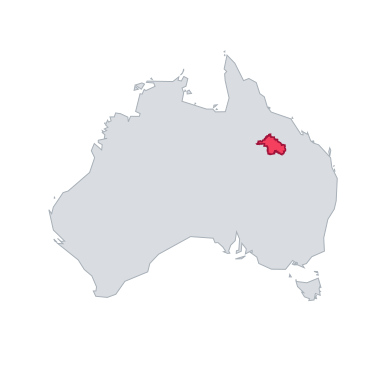 Barcaldine, Queensland, Australia (highlighted), rotated 348°
{"feature_id": "25037944B32668450975374", "entity_name": "Barcaldine", "entity_type": "district", "adm_level": 2, "iso_a3": "AUS", "parent_name": "Australia", "parent_adm1": "Queensland", "projection": "albers", "projection_center": [146.199, -23.052], "detail": "fine", "context": "in_parent", "style": "filled", "palette": "rose", "viewbox_px": 384, "rotation_deg": 348, "n_neighbors": 0, "source": "geoboundaries", "source_scale": "gbopen_adm2", "svg_char_len": 6855}
<svg xmlns="http://www.w3.org/2000/svg" viewBox="0 0 384 384"><g transform="rotate(348 192 192)"><path d="M260.7,75.0L265.6,93.8L271.2,92.8L277.6,98.3L278.8,109.9L282.5,113.9L283.4,124.7L286.1,130.3L303.9,141.0L310.6,158.3L312.5,159.2L313.0,156.1L316.7,159.4L317.4,157.9L318.7,166.6L320.9,169.3L325.7,172.2L334.7,187.3L333.9,197.0L336.9,208.9L331.2,230.6L327.6,238.3L319.2,247.0L311.3,264.3L309.2,277.4L295.7,280.2L289.0,285.8L284.8,286.2L286.0,289.4L279.5,284.8L280.4,283.7L280.0,282.6L278.8,282.5L276.6,284.5L275.1,283.3L277.7,281.4L276.2,279.9L267.4,287.1L253.6,284.0L242.5,275.8L241.9,269.1L236.5,263.2L238.7,263.3L238.6,261.5L231.3,263.7L233.3,259.0L230.1,252.5L227.8,260.2L222.5,261.3L223.2,258.7L225.7,258.6L228.8,247.9L227.3,240.2L224.1,248.6L218.8,252.1L215.6,257.3L216.3,259.7L214.1,259.5L210.4,257.0L212.6,256.8L210.7,252.1L206.9,246.9L204.0,246.4L203.1,241.6L181.3,235.3L146.4,245.9L135.9,253.1L132.1,260.9L107.8,265.4L96.2,276.2L87.3,277.5L76.2,274.0L74.9,268.3L77.5,268.8L78.9,264.9L76.6,253.3L70.5,245.4L66.6,234.8L49.9,214.4L55.1,215.8L50.8,209.4L53.6,213.1L57.3,213.6L48.5,200.4L48.3,179.6L50.2,184.1L53.2,178.0L65.8,165.8L71.0,165.3L95.9,151.6L103.9,138.2L102.1,130.7L106.5,124.3L112.4,132.1L114.0,127.0L110.6,124.1L111.1,121.9L120.2,121.9L117.3,121.5L118.7,117.9L116.6,115.2L121.3,114.1L119.3,112.1L123.2,111.2L121.4,108.3L124.4,104.2L124.9,106.3L127.7,105.6L127.4,101.5L131.6,102.4L133.7,98.8L138.3,100.5L144.8,105.4L144.3,110.1L147.7,105.2L156.2,107.1L157.6,104.5L153.6,101.5L161.6,85.1L163.6,85.9L166.6,81.7L167.9,83.2L177.8,81.0L177.2,77.4L170.2,75.3L171.2,74.2L196.2,80.0L203.1,76.6L201.6,79.8L204.7,81.2L208.0,77.3L211.5,80.2L208.1,87.3L203.9,88.2L204.5,93.2L201.1,101.2L223.6,114.0L229.5,115.2L231.5,118.5L241.3,120.4L247.8,107.8L247.6,89.9L248.5,83.1L251.0,81.4L249.0,78.4L254.7,65.4L260.7,75.0ZM275.2,301.1L285.5,304.7L297.6,302.5L298.3,312.7L297.5,310.9L296.2,313.0L295.9,319.7L291.6,316.9L288.9,323.0L283.7,322.5L284.8,320.8L280.2,317.9L278.4,312.8L280.4,313.7L275.6,306.5L275.2,301.1ZM158.7,75.6L165.7,74.9L168.0,76.6L163.8,80.9L158.7,75.6ZM220.5,266.5L231.0,265.6L226.7,267.6L220.5,266.5ZM210.4,91.7L212.0,95.5L207.6,95.1L208.1,92.4L210.4,91.7ZM334.2,185.5L334.1,181.1L335.9,177.5L336.4,180.1L334.2,185.5ZM294.8,295.0L298.2,295.9L298.3,297.4L294.8,295.0ZM158.1,76.8L161.0,80.3L156.5,80.5L158.1,76.8ZM271.5,295.7L269.5,295.3L270.5,292.9L271.5,295.7ZM234.7,111.9L232.7,113.1L230.6,113.9L231.6,111.6L234.7,111.9ZM49.7,213.4L47.7,211.7L47.1,209.7L47.3,209.6L49.7,213.4ZM297.5,298.7L298.8,299.7L296.3,298.9L297.5,298.7ZM320.1,167.2L321.6,167.3L321.5,169.2L320.1,167.2ZM284.0,124.6L285.8,125.7L285.5,126.4L284.0,124.6ZM291.5,320.5L291.7,322.2L290.4,321.7L291.5,320.5ZM336.1,198.8L336.1,201.3L335.9,201.2L336.1,198.8ZM176.5,73.6L175.2,72.7L175.9,72.1L176.5,73.6ZM209.2,71.3L207.7,73.3L209.5,69.8L209.2,71.3ZM336.5,195.9L335.7,196.7L336.2,195.8L336.5,195.9ZM214.0,106.2L213.1,106.7L213.6,105.7L214.0,106.2ZM206.9,91.9L205.7,92.1L206.4,90.9L206.9,91.9ZM56.5,167.9L56.5,169.5L56.0,169.5L56.5,167.9ZM252.6,64.5L252.6,65.9L252.1,64.9L252.6,64.5ZM278.8,283.1L279.1,283.9L278.7,283.7L278.8,283.1ZM207.3,73.9L205.0,75.3L207.3,73.5L207.3,73.9ZM121.3,106.4L120.6,107.4L121.0,106.3L121.3,106.4ZM292.2,319.4L291.6,319.7L292.0,319.1L292.2,319.4ZM233.9,116.5L232.7,116.5L233.3,115.7L233.9,116.5ZM117.7,113.9L117.2,114.5L117.0,113.3L117.7,113.9ZM297.1,315.9L296.2,316.4L296.5,315.5L297.1,315.9ZM253.4,61.0L253.2,61.9L252.5,61.5L253.4,61.0ZM278.3,284.2L279.2,285.0L277.7,284.7L278.3,284.2ZM306.0,140.9L305.2,140.9L305.6,139.9L306.0,140.9ZM312.3,156.0L311.8,156.0L312.2,155.2L312.3,156.0ZM275.7,299.8L275.4,300.4L275.2,299.7L275.7,299.8Z" fill="#d9dde1" stroke="#a8b0b8" stroke-width="1"/><path d="M265.7,158.9L265.8,158.9L266.7,159.0L266.9,159.1L267.7,158.5L267.8,158.9L268.1,159.3L268.2,159.2L269.1,159.3L269.1,159.2L269.8,159.3L269.8,159.5L270.3,159.6L270.3,159.3L272.0,159.5L272.0,159.3L272.2,159.8L272.6,159.8L272.6,160.0L272.9,160.0L272.8,160.3L272.8,160.5L272.7,160.6L272.7,160.8L272.4,161.1L272.3,161.3L272.2,161.6L272.1,161.8L272.0,162.0L273.4,162.4L274.9,162.5L274.8,163.3L275.2,163.4L275.1,164.2L275.4,164.2L275.3,165.2L275.1,165.2L275.0,165.3L274.9,166.0L275.1,166.0L275.0,166.6L274.4,166.6L274.3,168.0L274.7,168.0L274.4,169.9L274.5,170.0L274.5,170.4L275.1,170.5L274.8,170.7L275.0,170.8L275.3,170.9L275.5,170.8L275.5,171.0L275.8,171.1L276.0,171.3L276.1,171.5L277.2,171.6L277.3,171.5L277.3,171.4L279.1,171.6L279.9,171.6L280.1,171.6L280.6,171.6L280.6,171.0L280.4,171.0L280.4,170.5L280.6,170.4L281.1,170.5L281.1,169.9L281.5,169.9L281.6,168.9L282.3,169.0L282.5,169.0L282.9,169.0L282.9,169.7L282.9,169.8L282.9,170.5L283.3,170.5L283.4,170.4L283.5,170.3L283.5,170.2L284.3,170.2L284.2,171.5L285.2,171.6L285.1,172.0L285.1,172.3L286.1,172.4L286.1,172.8L286.2,173.0L286.3,173.0L286.5,173.3L286.8,173.4L287.0,173.5L287.2,173.9L287.3,173.9L287.5,174.0L287.5,173.9L287.4,173.7L287.5,173.7L287.8,173.6L288.0,173.6L288.2,173.4L288.3,173.4L288.5,173.4L288.5,173.5L288.8,173.6L289.0,173.7L289.2,173.4L289.3,173.4L289.5,173.4L289.6,173.2L289.8,173.0L289.9,172.9L290.0,172.8L290.1,172.7L290.1,172.4L290.1,172.2L290.2,171.9L290.2,171.7L290.3,171.8L290.3,171.7L290.5,171.7L290.8,171.5L290.8,171.4L291.0,171.3L291.4,171.2L291.5,171.2L291.9,171.1L291.8,170.9L291.9,170.7L291.8,170.2L291.7,170.2L291.8,170.2L292.0,169.9L292.2,169.7L292.3,169.7L292.3,169.3L292.3,169.2L292.2,169.1L292.3,169.0L292.3,168.9L292.2,168.8L292.2,168.7L292.0,168.4L292.0,168.2L292.0,167.9L292.0,167.7L292.0,167.4L292.1,167.2L292.2,166.8L292.3,166.9L292.5,166.8L292.6,166.7L292.6,166.4L292.6,166.2L292.4,166.1L292.5,165.9L292.5,165.7L292.6,165.4L291.8,165.2L291.7,165.1L291.1,164.9L291.2,164.7L290.4,164.5L290.1,164.5L290.1,164.9L289.5,164.9L289.6,164.7L289.7,164.4L289.7,164.2L289.6,163.8L289.5,163.7L289.4,163.7L289.2,163.7L289.0,163.4L289.0,163.2L289.0,162.9L289.0,162.7L288.9,162.5L288.8,162.3L288.6,162.2L288.4,162.1L288.3,161.9L288.1,161.8L288.1,161.7L287.8,161.5L287.7,161.5L287.4,161.5L287.3,161.3L287.3,161.1L287.2,161.1L287.1,160.9L287.2,160.7L287.3,160.7L286.2,160.5L286.4,158.8L286.5,158.8L286.6,158.4L286.4,158.3L286.3,158.5L286.1,158.6L285.8,158.4L285.7,158.4L285.4,158.4L285.2,158.5L285.3,158.1L284.1,158.0L284.1,157.2L283.6,157.1L283.8,156.2L283.7,155.9L283.8,155.4L283.7,155.4L282.4,155.1L281.5,155.0L281.5,154.8L280.7,154.8L280.8,153.9L280.5,153.9L280.5,153.6L280.6,152.1L280.8,152.1L280.9,151.8L279.8,151.7L279.8,152.1L279.0,152.0L278.9,153.2L277.8,153.1L277.7,152.8L277.1,152.7L277.0,153.7L276.4,153.6L276.5,153.8L276.4,154.0L275.5,153.9L275.4,154.9L274.4,154.8L274.3,155.3L274.0,155.2L273.9,156.2L273.2,156.1L272.1,156.0L271.6,156.8L271.4,157.0L271.1,157.3L270.8,157.3L270.7,157.0L269.7,156.9L269.7,156.3L268.6,156.3L267.3,156.2L267.3,157.1L266.3,157.9L266.2,157.9L265.5,158.5L265.4,158.5L265.7,158.9Z" fill="#f43f5e" stroke="#9f1239" stroke-width="1.5"/></g></svg>